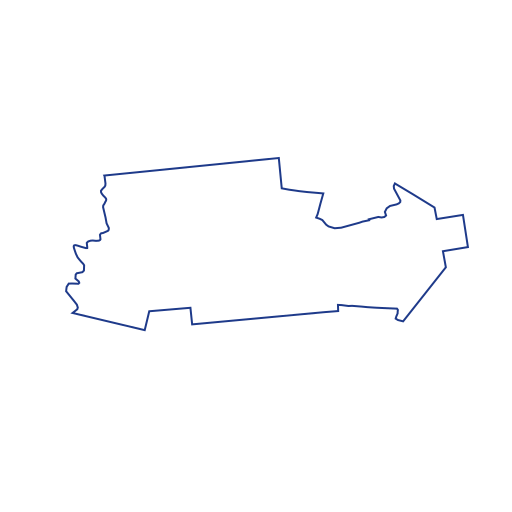 Tiganesti, Teleorman, Romania (Mercator projection), rotated 34°
{"feature_id": "2599482B47763495290999", "entity_name": "Tiganesti", "entity_type": "district", "adm_level": 2, "iso_a3": "ROU", "parent_name": "Romania", "parent_adm1": "Teleorman", "projection": "mercator", "projection_center": [25.313, 43.885], "detail": "fine", "context": "isolated", "style": "outline", "palette": "blue", "viewbox_px": 512, "rotation_deg": 34, "n_neighbors": 0, "source": "geoboundaries", "source_scale": "gbopen_adm2", "svg_char_len": 1970}
<svg xmlns="http://www.w3.org/2000/svg" viewBox="0 0 512 512"><g transform="rotate(34 256 256)"><path d="M135.8,405.8L205.2,379.7L198.4,361.5L230.6,335.6L241.3,348.4L344.1,264.3L354.9,255.7L351.3,250.7L354.5,248.8L360.7,245.7L363.5,243.6L365.1,242.7L372.0,238.8L376.8,236.2L382.3,233.0L384.0,232.0L390.1,228.3L400.7,221.8L402.3,220.8L403.1,221.1L403.8,221.4L404.8,223.3L405.5,224.4L406.1,227.5L406.6,229.3L406.8,229.8L409.5,229.7L414.5,227.9L419.7,159.2L408.3,147.5L426.7,130.1L404.6,106.2L385.2,124.3L376.9,116.0L362.7,116.6L351.1,117.1L330.6,118.2L331.1,121.0L332.8,123.0L344.6,129.2L345.4,130.6L345.0,132.5L343.7,134.6L339.1,139.6L337.7,143.4L338.2,147.4L341.2,149.7L340.6,151.9L338.5,153.9L335.6,155.2L329.0,162.5L329.8,163.1L325.1,167.9L323.1,170.6L310.8,184.9L305.7,189.0L299.6,190.9L296.7,190.8L290.9,189.1L288.1,189.5L284.4,190.5L283.7,186.9L282.8,184.2L280.1,176.5L276.8,166.5L271.2,169.6L262.4,174.5L255.3,178.2L251.3,180.1L246.4,182.5L239.5,185.5L220.1,162.0L86.0,273.5L85.3,274.1L85.5,274.2L87.1,276.0L88.4,277.5L90.7,280.1L91.7,281.9L91.8,283.3L91.2,286.2L91.0,288.6L91.8,289.7L93.1,290.5L95.5,291.3L98.1,291.8L99.6,292.3L100.3,293.0L100.7,293.9L100.8,295.4L101.1,297.3L101.1,299.5L101.9,301.0L109.7,308.2L113.9,312.5L118.2,315.0L118.8,315.8L119.3,317.1L119.2,317.9L117.7,320.3L116.3,322.5L115.9,322.9L115.5,323.2L114.9,323.8L114.8,324.4L114.8,325.7L117.7,329.1L117.8,329.8L117.2,331.1L114.9,332.9L111.9,334.5L110.3,335.8L108.8,337.7L108.4,339.3L108.4,339.8L111.2,343.1L111.6,343.8L110.5,344.6L105.7,346.2L102.5,347.1L100.5,347.8L99.8,348.3L99.3,348.9L99.3,349.3L99.4,349.8L100.4,351.0L103.1,353.1L105.5,354.9L108.9,356.9L111.8,357.8L114.3,358.5L117.1,359.1L118.7,359.8L121.5,364.3L121.1,366.5L117.1,370.5L116.9,372.2L118.9,375.7L123.3,376.2L124.5,377.1L124.3,378.3L119.0,381.6L116.2,383.6L116.3,387.5L117.3,389.5L118.3,391.4L130.1,395.0L134.7,396.5L137.1,398.4L137.6,400.1L136.7,403.0L135.8,405.8Z" fill="none" stroke="#1e3a8a" stroke-width="2"/></g></svg>